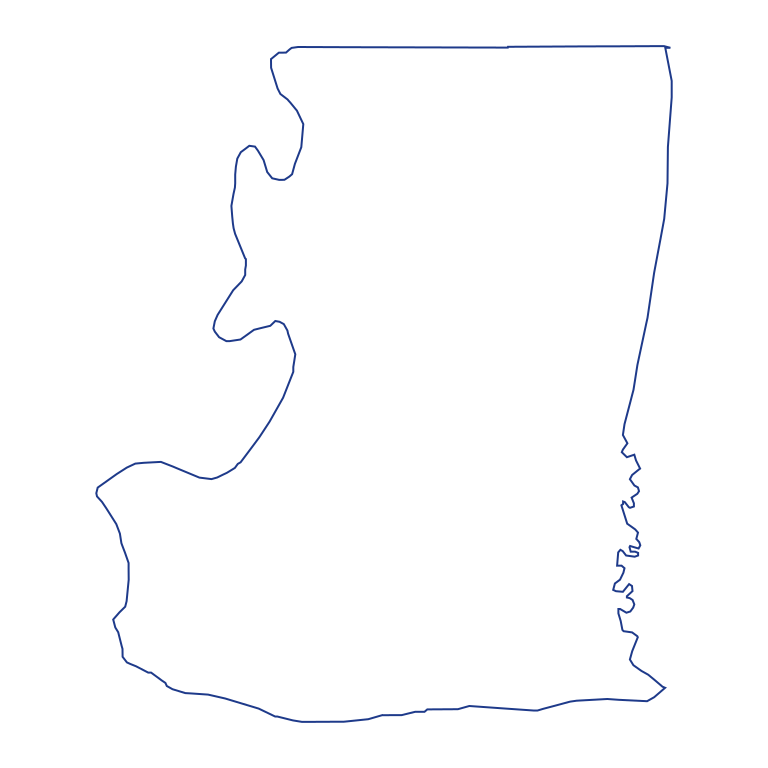 Lower Badibu, North Bank, Gambia (Robinson projection)
{"feature_id": "56634734B14945153011857", "entity_name": "Lower Badibu", "entity_type": "district", "adm_level": 2, "iso_a3": "GMB", "parent_name": "Gambia", "parent_adm1": "North Bank", "projection": "robinson", "projection_center": [-16.054, 13.517], "detail": "fine", "context": "isolated", "style": "outline", "palette": "blue", "viewbox_px": 768, "rotation_deg": 0, "n_neighbors": 0, "source": "geoboundaries", "source_scale": "gbopen_adm2", "svg_char_len": 3387}
<svg xmlns="http://www.w3.org/2000/svg" viewBox="0 0 768 768"><path d="M670.4,47.8L663.9,46.1L620.0,46.3L584.1,46.4L508.0,46.8L507.8,47.6L473.5,47.5L468.3,47.5L347.4,47.2L298.0,47.0L291.6,47.9L289.5,49.5L286.0,52.6L278.8,52.7L271.0,59.1L271.1,67.8L277.6,88.5L280.4,94.0L287.6,99.5L288.4,100.5L290.4,102.7L295.8,109.3L296.9,110.6L303.3,124.1L302.0,139.2L301.5,144.9L301.3,147.2L294.9,163.9L292.1,174.2L289.3,176.6L284.9,179.5L284.3,179.8L279.3,179.9L272.2,178.3L267.2,172.0L263.6,160.1L257.9,150.6L255.0,146.6L249.3,145.8L245.1,149.0L240.8,152.2L237.3,158.6L235.9,166.6L235.2,174.5L235.2,183.3L234.9,187.6L233.5,194.0L231.4,205.9L232.2,216.3L232.9,223.4L233.6,228.2L235.1,233.8L245.1,258.3L245.9,259.1L245.9,262.3L245.9,265.5L245.2,269.5L245.2,275.0L241.7,281.4L233.2,290.2L217.6,314.9L214.8,321.3L213.4,328.5L214.8,331.6L219.1,337.2L226.3,341.1L229.8,341.1L240.5,339.5L254.0,329.8L260.4,328.2L270.3,325.8L275.3,321.0L279.6,321.8L283.8,324.1L287.4,330.5L288.1,333.7L295.3,354.3L294.1,362.0L293.3,367.0L293.3,370.8L293.3,371.8L283.1,397.7L276.1,410.1L269.6,421.6L259.7,436.7L259.0,437.7L252.6,446.3L248.5,451.8L240.6,462.3L237.8,463.9L234.9,467.9L233.3,468.9L227.1,472.7L226.3,473.1L223.1,474.6L217.2,477.5L211.5,479.1L199.4,477.6L177.0,468.3L173.0,466.6L160.9,461.9L143.8,462.8L135.3,463.6L126.8,467.6L116.8,474.0L97.7,487.6L96.3,493.2L97.0,496.4L102.0,501.9L106.3,508.3L116.3,524.1L119.9,533.6L121.4,543.2L122.4,545.9L125.0,552.7L128.6,563.0L128.6,569.4L128.7,579.7L126.6,601.2L125.2,606.7L119.5,612.3L113.2,619.5L115.3,627.5L118.2,632.2L121.8,646.5L122.5,648.9L122.6,656.8L126.9,662.4L130.4,664.0L136.1,666.3L148.2,672.6L151.1,672.6L161.8,680.5L165.4,682.9L166.8,686.0L172.5,689.2L185.3,693.1L190.6,693.4L208.1,694.6L225.2,698.5L258.7,708.6L275.1,716.5L277.2,716.5L292.9,720.4L302.1,721.9L344.1,721.7L368.3,719.2L382.4,715.1L382.5,715.2L401.7,715.1L415.2,711.8L424.5,711.8L427.3,709.4L457.9,709.2L469.3,706.0L507.4,708.7L533.3,710.5L537.6,710.5L543.3,708.8L555.4,705.6L568.7,702.0L570.3,701.6L576.7,700.7L607.3,699.0L618.6,699.8L647.1,701.2L654.2,697.2L665.1,687.8L662.5,686.7L655.1,680.4L648.2,674.7L641.4,670.9L633.4,665.2L629.9,659.5L632.2,651.2L637.8,637.2L637.5,636.7L637.3,636.2L632.1,632.4L623.6,631.2L622.4,629.9L620.7,621.0L618.4,613.4L618.4,609.0L620.1,609.0L626.4,612.7L630.3,611.5L633.2,607.6L634.3,604.4L632.6,600.0L629.7,598.1L626.9,597.5L626.9,596.2L632.5,591.1L632.0,586.0L629.1,584.1L622.9,591.8L616.0,591.2L613.2,589.9L614.9,583.5L619.7,579.9L620.0,579.7L623.4,572.7L624.5,568.2L621.6,565.7L618.8,565.7L617.1,565.7L618.2,552.4L620.4,549.8L622.7,551.1L626.1,555.5L634.7,556.7L638.1,555.5L638.1,552.9L635.2,551.7L630.7,551.7L629.5,547.2L630.1,546.0L634.1,547.2L638.6,548.5L640.3,545.3L639.5,542.9L639.2,542.1L636.3,538.9L638.0,532.6L635.2,529.4L627.2,523.7L621.4,505.3L623.1,504.0L623.1,501.5L624.8,502.1L628.8,507.2L630.0,507.8L633.9,506.5L633.9,503.3L631.6,497.6L637.3,493.8L639.0,491.2L638.6,489.7L637.9,487.4L634.4,485.5L629.9,479.2L632.1,475.0L638.4,469.9L640.1,468.6L636.0,460.4L634.3,454.7L626.9,457.2L621.8,452.2L622.9,449.6L627.4,443.3L622.9,435.0L624.5,424.2L630.4,401.7L632.0,395.5L633.5,389.8L634.8,381.6L637.4,365.0L645.9,325.2L646.1,324.2L647.5,317.9L654.1,273.0L654.9,268.7L660.6,238.4L664.2,218.9L667.5,183.3L667.9,147.0L668.1,144.4L671.7,97.4L671.7,91.4L671.7,80.9L665.4,48.4L665.3,47.8L670.4,47.8Z" fill="none" stroke="#1e3a8a" stroke-width="2"/></svg>